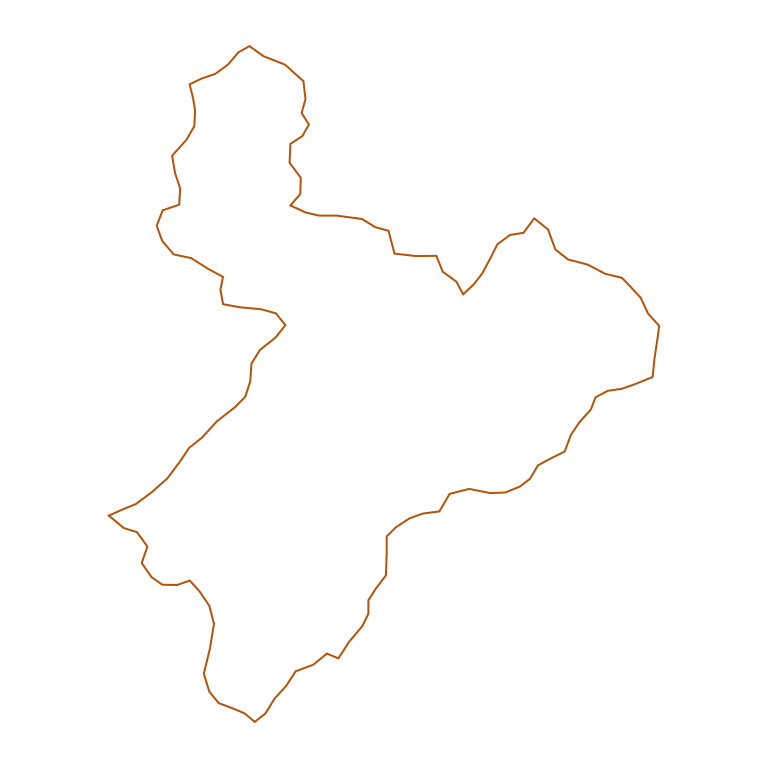 the district of Pequeri, Minas Gerais, Brazil
{"feature_id": "56859067B74304028561666", "entity_name": "Pequeri", "entity_type": "district", "adm_level": 2, "iso_a3": "BRA", "parent_name": "Brazil", "parent_adm1": "Minas Gerais", "projection": "albers", "projection_center": [-43.135, -21.825], "detail": "fine", "context": "isolated", "style": "outline", "palette": "amber", "viewbox_px": 768, "rotation_deg": 0, "n_neighbors": 0, "source": "geoboundaries", "source_scale": "gbopen_adm2", "svg_char_len": 1795}
<svg xmlns="http://www.w3.org/2000/svg" viewBox="0 0 768 768"><path d="M189.6,84.3L193.0,97.8L195.1,110.7L194.3,126.2L186.5,139.7L172.1,155.7L175.0,172.9L180.2,188.6L179.2,204.7L162.7,210.3L156.7,225.7L162.2,240.9L173.7,254.4L191.2,258.1L208.4,269.0L223.0,276.9L220.4,289.8L223.1,304.2L240.0,307.3L260.9,309.2L276.0,313.4L285.4,325.2L275.5,337.6L260.1,349.7L251.5,363.5L250.2,381.5L245.3,396.7L234.8,407.3L217.1,421.1L201.9,437.7L189.2,447.8L180.5,460.8L167.5,478.2L152.4,491.7L135.7,504.1L123.4,509.1L108.8,515.6L123.7,528.0L137.0,532.2L147.4,546.5L141.7,563.1L151.6,577.2L162.3,584.7L177.2,585.0L189.7,580.5L199.4,591.2L209.3,605.8L214.0,623.8L209.8,649.1L203.8,673.6L209.3,691.6L218.7,703.1L232.0,708.1L244.8,713.5L254.7,721.9L265.4,713.5L274.8,698.3L286.2,685.9L295.6,671.3L313.1,664.8L326.9,653.6L338.4,658.4L349.1,641.8L362.4,626.0L368.4,613.7L368.4,600.2L376.0,588.4L385.9,575.4L386.7,553.0L386.7,536.4L396.1,527.1L409.4,518.4L422.7,513.6L439.4,511.4L449.6,493.9L469.2,488.9L490.3,493.1L505.2,492.5L519.8,486.6L530.0,478.8L538.0,465.3L550.6,458.5L564.7,451.5L570.9,434.9L579.6,422.0L590.8,409.6L595.5,397.3L607.8,390.8L621.8,388.8L634.6,384.3L652.6,377.0L654.5,358.5L657.4,339.1L659.2,325.9L648.0,313.5L640.7,297.8L631.3,287.6L621.9,277.8L605.2,273.8L587.7,264.6L568.1,259.5L555.3,249.4L548.0,229.4L534.2,218.4L523.5,232.8L509.9,235.0L497.4,244.3L489.3,260.3L482.0,273.8L473.9,284.2L463.2,294.3L456.4,281.7L442.8,271.8L436.3,255.8L416.2,256.1L394.5,253.6L388.5,230.8L375.2,227.1L361.9,219.0L336.6,215.6L319.1,215.6L305.8,212.5L290.4,205.5L300.3,194.0L300.8,177.9L289.6,162.7L290.4,143.9L302.4,136.0L308.9,124.5L301.6,113.0L305.5,99.2L303.4,81.2L284.9,64.6L263.5,56.2L249.4,46.1L238.4,52.3L228.0,64.6L215.2,73.9L201.9,78.4L189.6,84.3Z" fill="none" stroke="#b45309" stroke-width="2"/></svg>